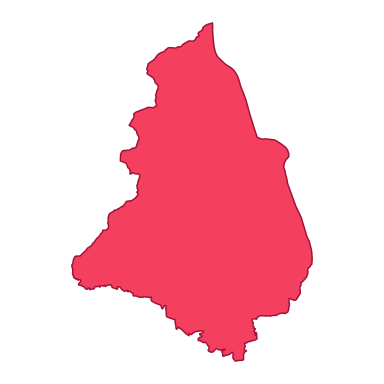 the district of Botene, Xaignabouri, Laos
{"feature_id": "54806243B51451438930517", "entity_name": "Botene", "entity_type": "district", "adm_level": 2, "iso_a3": "LAO", "parent_name": "Laos", "parent_adm1": "Xaignabouri", "projection": "mercator", "projection_center": [101.063, 17.709], "detail": "fine", "context": "isolated", "style": "filled", "palette": "rose", "viewbox_px": 384, "rotation_deg": 0, "n_neighbors": 0, "source": "geoboundaries", "source_scale": "gbopen_adm2", "svg_char_len": 6003}
<svg xmlns="http://www.w3.org/2000/svg" viewBox="0 0 384 384"><path d="M311.8,264.2L312.2,258.6L311.6,251.0L310.8,247.4L309.1,241.0L306.9,236.5L301.2,217.5L295.8,206.2L287.7,183.8L286.7,178.3L285.5,174.0L284.8,170.3L283.6,167.1L284.4,162.9L286.1,159.7L288.7,156.8L288.7,153.2L287.3,149.6L285.2,147.0L281.1,143.9L276.4,140.9L274.0,139.8L265.3,138.9L261.9,139.2L257.3,137.4L255.2,131.4L249.7,113.8L246.0,100.2L244.0,94.6L240.9,86.9L238.2,77.7L236.7,74.6L233.6,70.0L231.7,68.3L225.1,64.0L217.6,56.9L215.3,52.2L214.1,46.9L213.2,39.6L212.6,31.6L212.6,23.7L212.4,23.0L207.2,24.5L205.3,25.5L203.7,26.7L202.9,27.9L202.1,30.1L201.6,30.6L198.5,32.5L198.2,33.2L198.4,34.4L199.0,36.0L198.4,36.4L197.1,36.8L196.3,37.5L195.5,39.2L194.5,40.5L193.5,41.0L192.5,41.2L189.1,40.9L187.7,41.5L182.6,44.6L181.4,46.5L180.8,46.8L177.7,46.9L176.0,48.0L175.3,48.1L169.9,47.6L168.6,47.8L167.8,48.1L166.3,49.3L164.4,51.3L163.4,51.9L161.1,52.6L159.3,53.6L157.5,55.0L154.5,59.3L148.3,63.6L146.8,69.2L146.9,69.6L148.0,70.9L148.0,71.2L147.0,72.9L147.2,73.6L147.6,74.1L153.3,77.9L154.7,80.6L154.9,81.8L155.2,82.5L155.9,83.5L157.8,85.1L158.2,85.9L158.2,87.6L157.9,88.6L156.7,91.4L156.7,92.5L156.0,93.8L155.7,95.0L155.9,96.5L156.3,97.2L155.2,100.5L156.6,104.7L156.0,105.8L155.1,106.6L153.5,107.6L152.5,107.7L149.6,107.3L147.9,107.4L146.8,107.8L145.5,108.6L142.7,109.5L135.8,112.2L133.8,113.9L133.7,114.3L134.3,116.2L133.1,118.7L131.9,120.4L130.5,123.3L129.2,125.0L129.3,125.3L130.3,126.1L132.8,127.0L133.3,127.4L134.7,129.6L136.3,130.8L136.7,131.5L136.8,133.1L137.1,133.9L138.9,137.0L139.0,138.4L137.2,143.5L136.4,146.4L135.3,147.7L133.9,148.4L132.6,148.1L129.6,150.1L127.3,150.2L125.9,150.5L123.9,150.5L122.8,150.8L121.6,152.1L120.7,154.0L120.3,160.1L120.4,160.8L121.0,161.3L123.0,161.8L125.8,163.1L127.0,164.5L127.4,166.5L127.8,167.6L129.4,168.7L129.8,170.5L130.3,171.4L130.4,171.8L129.9,173.1L130.0,173.9L130.8,174.0L132.8,172.7L135.4,173.8L138.4,174.0L138.9,174.2L139.7,175.2L139.8,176.0L139.1,178.5L138.7,179.8L138.1,180.8L137.9,183.0L136.9,185.5L137.2,188.3L138.1,190.8L138.0,191.1L136.8,192.1L137.9,193.4L138.0,194.8L136.1,197.1L135.3,198.4L134.5,198.6L131.8,200.6L130.5,201.0L129.4,200.7L128.3,201.3L127.0,201.2L126.4,201.4L125.0,203.8L122.7,206.3L121.2,206.9L119.2,208.4L118.3,208.6L116.7,209.9L114.1,210.4L113.2,211.5L109.8,213.5L109.1,214.5L108.1,217.9L108.1,219.0L108.5,220.3L107.8,223.0L108.4,224.9L108.6,226.8L108.5,227.5L107.8,228.6L106.3,229.9L105.6,230.2L102.9,230.2L102.5,231.8L100.7,233.9L99.8,235.4L99.0,236.5L96.7,238.6L93.8,242.5L92.4,243.7L92.1,244.8L91.7,245.4L87.3,248.3L86.2,250.1L82.2,253.8L80.7,255.5L80.2,255.9L79.3,256.1L76.3,256.1L75.7,256.2L74.9,256.8L74.3,257.7L73.5,259.5L72.8,263.4L71.9,265.1L71.8,265.9L72.7,269.4L72.8,271.5L72.6,272.7L72.8,274.7L73.7,276.4L73.6,277.4L74.5,277.7L74.8,278.2L75.9,279.1L76.4,279.3L77.6,279.0L78.2,280.2L79.5,279.6L80.1,279.8L80.7,280.6L80.5,281.7L79.1,283.2L78.5,284.4L78.6,284.9L81.3,285.6L84.6,287.2L85.4,288.8L87.3,289.2L87.6,289.1L87.9,288.3L88.8,288.1L89.3,288.1L89.7,289.4L90.1,289.7L91.2,289.0L93.9,289.0L94.5,288.1L94.8,286.8L95.4,286.5L96.7,286.7L99.0,286.3L100.0,287.1L100.2,286.9L100.1,286.2L101.4,285.6L103.7,286.1L104.8,285.3L105.1,285.5L105.3,286.4L105.6,286.4L108.1,284.8L109.0,285.1L111.0,284.9L111.6,285.4L112.1,287.5L116.2,288.8L116.6,289.2L117.2,289.1L117.7,288.6L117.5,287.3L117.6,286.8L119.4,286.8L119.9,287.0L121.8,289.4L124.3,291.3L126.2,290.9L127.1,290.3L127.5,290.6L127.9,291.8L128.2,291.8L128.9,291.0L129.3,291.0L132.9,293.5L133.2,293.8L133.2,295.7L133.6,296.0L135.6,295.9L139.6,297.2L142.8,297.3L144.1,296.5L144.7,296.5L145.5,297.1L148.0,297.0L149.0,297.6L149.5,297.6L151.2,297.1L151.6,297.7L151.1,299.4L151.1,300.1L151.6,301.0L155.8,303.3L160.2,304.9L161.1,306.0L162.0,308.6L162.5,308.7L162.9,308.4L164.1,306.1L164.7,305.6L165.3,305.4L166.0,305.9L166.1,307.1L165.7,308.6L166.1,310.5L166.4,315.9L166.6,316.4L167.6,317.1L169.8,318.0L173.4,319.2L174.8,319.4L176.2,328.8L176.4,329.1L176.7,329.2L177.3,328.8L178.2,327.1L178.7,327.2L179.6,328.3L181.2,329.0L185.9,333.6L188.2,335.2L189.0,335.5L189.3,333.6L190.0,333.8L190.8,334.4L191.6,334.5L193.7,332.5L196.8,331.3L199.5,331.0L202.5,331.0L203.3,331.2L203.5,331.6L203.5,332.1L202.8,332.9L200.0,333.6L199.7,333.9L199.6,334.2L199.9,334.8L201.3,335.3L201.8,335.7L202.0,336.4L201.8,336.7L199.9,337.3L198.8,338.0L198.3,338.6L198.1,340.2L198.4,340.6L199.9,340.5L202.5,342.1L203.6,342.6L205.7,342.3L209.2,347.4L209.1,348.5L208.2,349.9L208.4,350.9L209.2,351.5L210.5,352.0L212.4,352.2L213.3,351.6L215.7,349.0L216.4,348.7L217.1,348.8L218.4,349.6L220.3,350.2L223.9,349.2L225.0,349.2L225.2,349.4L225.0,349.8L222.3,350.9L221.8,351.7L222.7,353.8L222.8,356.0L223.2,356.3L223.8,356.2L225.3,355.4L227.3,355.1L229.7,354.3L231.6,352.5L232.4,352.3L233.0,353.1L233.0,358.2L234.8,360.6L235.3,361.0L235.8,361.0L238.6,360.5L242.3,360.3L243.2,359.9L243.6,359.4L243.5,354.9L243.8,353.6L244.5,352.3L246.4,351.0L246.2,350.5L244.4,350.1L244.0,349.7L244.4,348.1L245.2,346.8L245.2,345.9L244.4,343.6L244.6,343.3L246.7,342.8L248.3,341.7L249.9,341.6L251.9,340.7L254.1,340.4L255.7,339.8L256.9,338.8L257.0,337.6L256.6,335.6L256.8,334.7L256.1,334.4L255.4,335.0L254.9,334.4L255.1,333.9L256.4,333.2L256.4,332.8L256.0,332.4L254.6,332.3L254.2,331.7L254.4,330.2L255.3,329.2L255.3,328.8L254.9,328.6L254.2,328.6L253.8,328.3L254.0,327.0L252.9,325.6L252.8,324.8L253.4,322.9L252.0,320.9L252.2,319.7L253.1,319.0L254.3,318.7L256.3,319.2L257.6,317.5L257.8,316.9L260.1,315.7L264.3,315.8L265.7,316.1L268.7,315.8L270.4,316.1L273.0,315.4L276.2,315.4L279.7,313.5L281.2,313.3L282.2,312.9L283.3,313.3L285.0,313.5L285.6,313.3L287.7,312.0L288.6,309.8L289.0,306.1L289.4,305.3L289.5,303.6L288.9,302.5L289.2,298.7L290.1,298.6L293.8,300.2L295.5,300.2L296.5,299.3L300.2,293.3L300.4,292.0L299.9,288.6L299.9,287.0L300.6,286.1L301.0,284.9L301.0,283.3L300.7,282.9L303.0,281.2L306.3,277.4L306.9,276.4L307.2,275.1L307.7,274.1L307.9,271.5L307.7,270.1L307.9,268.9L308.5,268.0L310.0,266.8L311.0,264.8L311.8,264.2Z" fill="#f43f5e" stroke="#9f1239" stroke-width="1.5"/></svg>